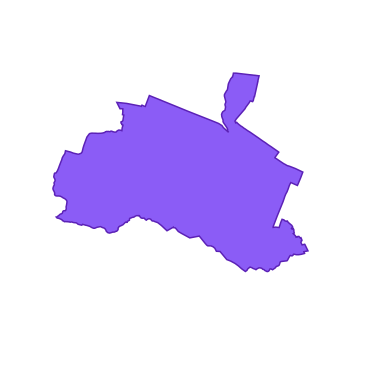 outline of Greci, Tulcea, Romania, rotated 143°
{"feature_id": "2599482B78570250363817", "entity_name": "Greci", "entity_type": "district", "adm_level": 2, "iso_a3": "ROU", "parent_name": "Romania", "parent_adm1": "Tulcea", "projection": "mercator", "projection_center": [28.252, 45.183], "detail": "fine", "context": "isolated", "style": "filled", "palette": "violet", "viewbox_px": 384, "rotation_deg": 143, "n_neighbors": 0, "source": "geoboundaries", "source_scale": "gbopen_adm2", "svg_char_len": 5989}
<svg xmlns="http://www.w3.org/2000/svg" viewBox="0 0 384 384"><g transform="rotate(143 192 192)"><path d="M87.4,262.0L89.4,260.2L90.0,260.0L90.3,259.5L91.0,259.5L93.0,259.1L97.4,256.8L98.3,256.1L101.6,252.9L102.6,252.2L103.6,252.0L106.6,250.7L107.4,250.3L107.9,249.8L108.5,248.9L110.5,244.0L111.2,243.2L112.7,242.3L113.1,241.9L113.7,240.6L113.7,240.3L114.4,239.3L114.8,239.0L116.0,237.8L116.6,237.5L119.0,237.6L120.1,237.2L121.7,236.2L122.8,234.3L123.2,233.2L123.8,231.0L124.0,230.6L124.7,229.8L124.9,229.3L125.1,228.6L125.4,222.7L125.7,221.0L125.8,220.6L126.2,220.2L126.6,219.9L126.8,218.5L126.8,218.3L127.0,218.3L128.2,224.5L128.1,227.1L129.5,230.7L133.5,237.4L142.8,252.6L147.0,259.5L153.6,270.6L168.0,294.7L177.0,289.0L177.8,288.4L178.3,288.9L179.7,291.5L180.2,291.4L181.0,290.9L181.1,291.0L181.6,291.8L182.5,292.8L190.9,302.1L198.1,308.8L199.4,301.8L197.2,300.1L199.3,297.3L201.0,295.6L200.2,294.5L204.3,290.6L205.1,290.4L205.7,290.5L206.3,290.8L207.2,289.9L207.2,289.7L207.0,289.3L207.1,288.7L207.4,288.3L207.5,288.0L206.9,287.1L207.3,286.6L209.1,285.3L211.1,283.2L212.2,284.7L213.3,285.6L213.7,285.7L215.1,285.8L215.6,285.8L216.3,285.6L217.1,285.9L217.5,286.1L219.0,287.9L219.2,288.4L219.9,289.3L220.4,289.5L221.1,289.5L221.9,290.2L222.3,290.7L223.1,291.1L223.4,291.6L224.9,292.2L225.9,292.1L227.7,292.8L229.2,293.6L231.8,295.4L233.7,297.0L236.6,299.3L237.3,299.7L238.4,300.2L239.3,300.2L242.9,299.1L250.3,294.3L252.5,292.7L255.5,290.2L257.0,289.7L258.0,289.9L259.7,290.4L260.3,290.8L263.4,294.5L265.0,297.1L268.2,301.1L270.1,299.4L270.8,299.0L273.0,298.3L275.0,297.4L277.1,295.8L277.9,295.4L281.9,292.9L284.5,291.2L286.8,289.9L288.9,289.1L289.2,289.1L290.3,289.7L290.7,289.6L293.0,287.6L293.5,286.7L293.7,285.1L293.9,284.6L294.1,284.1L294.6,283.4L295.4,282.9L296.4,282.6L296.9,282.0L297.2,281.2L297.8,280.5L299.0,280.0L300.3,279.1L301.1,278.3L301.3,277.9L301.6,276.9L301.9,274.9L302.1,274.4L302.4,273.7L303.2,272.8L303.3,272.2L303.4,271.9L303.1,271.0L302.8,270.6L301.9,269.8L300.9,269.1L300.1,268.3L299.6,267.7L299.1,266.7L298.5,265.0L297.7,263.4L297.5,262.8L297.2,260.9L297.4,260.0L297.7,259.5L298.2,258.9L300.3,256.9L301.4,256.0L301.7,255.6L302.3,254.6L303.0,253.9L303.9,253.4L304.3,253.3L305.7,254.2L306.5,254.3L307.0,254.1L308.2,253.2L309.2,253.1L310.4,253.6L312.9,253.4L314.7,253.5L315.2,253.4L315.5,253.6L315.5,252.9L315.3,252.3L315.2,252.1L314.5,251.6L314.4,251.2L313.9,250.7L313.6,250.0L312.6,248.3L312.6,248.1L312.7,247.0L312.2,246.5L311.8,245.1L311.1,244.6L310.5,244.3L309.9,243.6L309.2,243.2L309.0,242.8L307.9,242.0L307.6,241.3L306.1,240.5L305.2,239.1L304.7,238.6L303.8,237.7L303.2,237.3L302.8,236.6L302.4,234.8L302.0,234.3L300.1,231.9L299.8,231.8L298.8,232.0L296.8,229.3L296.1,228.6L294.2,225.9L293.7,224.5L292.9,223.0L292.4,222.3L291.8,221.8L291.2,221.5L289.1,221.0L287.9,220.4L287.0,220.0L285.8,219.3L285.0,217.6L284.1,216.4L283.7,215.5L283.6,215.1L283.7,213.6L283.8,213.0L284.1,212.2L283.8,210.6L283.6,210.0L282.4,208.7L280.5,208.0L279.2,207.6L278.5,206.9L277.4,206.5L276.7,206.5L275.8,206.0L275.5,206.0L274.3,206.2L273.3,206.8L272.8,207.6L272.5,207.8L272.1,207.8L271.4,208.2L270.3,208.2L269.5,207.9L266.8,207.4L263.3,207.9L262.5,207.1L262.0,206.8L261.5,207.4L259.0,207.1L258.0,208.2L257.5,208.4L256.1,207.9L255.0,207.7L254.2,207.2L252.9,206.8L252.1,206.9L250.3,206.4L249.8,206.0L249.3,205.2L248.6,205.2L248.4,205.0L248.3,204.7L248.4,203.9L248.4,203.4L248.5,202.9L248.4,202.3L247.7,201.1L246.6,200.4L245.9,199.8L245.8,197.9L245.4,197.0L245.1,197.0L244.8,197.1L243.3,196.9L242.3,196.5L241.3,194.9L241.4,194.0L241.2,192.8L240.2,192.0L239.5,190.7L237.8,188.2L236.6,183.7L235.3,176.1L228.0,175.1L228.2,174.6L227.3,173.7L227.0,173.4L226.9,173.0L226.7,168.7L225.4,165.5L221.4,156.7L212.7,152.4L212.4,142.9L212.2,140.6L211.8,139.5L209.3,137.6L208.1,135.5L207.6,133.3L208.2,130.0L205.4,127.6L204.9,117.1L202.7,113.6L200.6,109.0L199.4,105.0L198.6,100.9L197.2,96.4L195.3,96.3L194.4,96.8L193.2,97.1L190.8,97.1L189.7,95.4L189.2,94.1L188.0,92.3L187.7,91.5L187.3,91.4L186.8,91.6L186.0,91.4L184.8,91.3L184.0,91.0L183.2,90.4L182.9,89.9L182.4,89.4L182.2,89.0L182.0,87.7L181.5,87.1L181.2,86.6L181.0,85.3L180.4,84.2L180.0,83.4L179.7,83.1L179.1,82.8L178.3,82.7L177.8,82.8L175.9,83.6L175.2,83.0L174.4,81.4L171.1,81.3L169.4,81.8L168.7,81.5L167.3,81.1L166.6,81.1L166.0,81.4L165.0,82.0L164.0,82.9L163.3,83.0L162.4,82.7L157.9,80.1L157.5,79.9L156.4,80.2L154.6,81.1L152.2,82.1L151.7,82.2L150.7,80.9L150.2,80.7L149.4,80.7L148.6,81.2L148.3,81.2L147.8,80.8L146.4,79.1L144.5,77.7L142.3,76.5L139.1,75.2L138.6,77.0L134.8,75.2L133.4,82.3L133.5,82.5L135.9,83.5L135.5,85.6L135.5,86.0L135.4,86.2L135.2,86.2L134.5,86.8L134.3,87.1L133.8,87.0L133.7,87.3L133.2,87.3L132.8,88.6L132.5,89.9L133.2,90.0L133.2,90.8L133.3,91.2L133.4,92.3L135.1,92.7L135.0,93.2L136.1,93.3L135.9,94.3L135.8,95.1L136.2,97.8L135.0,97.7L134.5,98.9L133.4,100.6L133.1,102.0L134.3,102.0L134.6,102.9L132.6,103.7L132.4,105.3L133.4,109.7L133.4,110.1L133.3,111.5L133.5,111.7L134.1,111.7L134.6,112.2L135.2,113.2L135.3,113.6L135.3,114.1L135.4,114.5L136.5,116.0L139.1,114.5L143.8,111.2L146.3,113.6L148.5,114.9L148.0,115.5L138.3,121.6L125.1,129.5L121.4,132.0L120.9,132.4L118.2,134.0L115.9,135.0L114.5,135.9L113.3,136.6L111.3,138.0L109.7,139.0L107.4,140.1L103.9,133.8L102.4,134.6L96.9,137.8L91.5,141.2L95.3,148.5L98.2,153.2L99.2,154.7L99.6,155.1L100.4,156.4L100.7,157.4L101.6,159.2L102.3,161.1L103.7,165.2L104.5,167.6L105.2,169.3L105.1,169.6L98.7,171.6L99.0,172.7L99.3,173.6L101.6,180.7L102.7,183.7L103.7,187.1L105.0,190.7L106.3,194.9L109.6,204.8L110.7,207.6L111.8,211.0L112.1,211.6L112.3,212.5L112.9,214.5L113.1,214.8L114.0,218.0L114.0,218.4L114.5,220.1L114.3,220.3L114.3,220.6L114.6,221.0L115.5,221.1L115.2,221.7L115.2,222.1L115.2,222.4L114.8,222.9L112.6,223.7L99.8,226.5L98.6,227.0L98.0,227.3L92.6,228.9L90.8,229.7L90.0,228.9L89.5,228.0L89.2,227.7L88.6,228.0L88.3,228.0L88.0,228.1L87.9,228.3L84.8,230.8L84.6,230.6L73.7,239.9L73.8,239.9L72.4,241.2L68.5,244.4L85.3,260.4L87.4,262.0Z" fill="#8b5cf6" stroke="#5b21b6" stroke-width="1.5"/></g></svg>